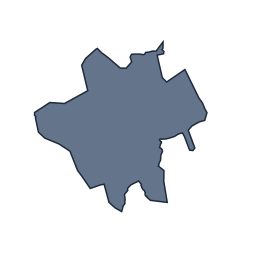 outline of Tureta, Sokoto, Nigeria, rotated 149°
{"feature_id": "59680162B25728635468586", "entity_name": "Tureta", "entity_type": "district", "adm_level": 2, "iso_a3": "NGA", "parent_name": "Nigeria", "parent_adm1": "Sokoto", "projection": "orthographic", "projection_center": [5.499, 12.518], "detail": "fine", "context": "isolated", "style": "filled", "palette": "slate", "viewbox_px": 256, "rotation_deg": 149, "n_neighbors": 0, "source": "geoboundaries", "source_scale": "gbopen_adm2", "svg_char_len": 1752}
<svg xmlns="http://www.w3.org/2000/svg" viewBox="0 0 256 256"><g transform="rotate(149 128 128)"><path d="M176.5,59.6L172.4,63.6L169.6,64.8L168.7,66.4L167.3,68.2L166.3,70.4L165.5,72.4L165.0,73.0L164.1,73.3L162.3,73.9L160.5,74.5L159.4,76.5L154.7,77.8L146.3,77.1L146.1,75.8L145.7,73.7L145.7,72.6L146.1,72.4L146.4,72.1L146.4,71.2L146.8,70.1L146.9,68.6L146.9,68.3L146.9,67.7L146.8,67.3L146.5,66.8L146.3,66.2L146.3,65.8L146.5,64.6L146.4,63.8L147.1,63.1L147.8,61.7L147.9,60.6L147.0,59.8L147.4,58.8L147.1,57.8L146.1,54.5L132.7,44.0L124.8,63.9L119.1,73.0L121.6,79.8L120.6,80.3L119.8,81.5L118.7,82.4L117.1,83.3L116.7,83.6L113.9,87.7L110.7,90.0L110.3,90.5L110.0,91.5L109.9,92.0L110.0,93.1L111.0,95.0L107.8,97.9L107.0,98.0L106.8,98.4L106.5,99.0L106.9,99.4L107.1,99.8L107.0,100.6L107.0,101.1L106.9,101.9L105.7,102.0L105.2,101.4L104.3,100.7L100.6,98.9L96.7,97.8L92.2,96.8L89.0,96.9L87.0,96.7L85.1,96.1L83.9,95.6L84.0,91.7L86.6,77.3L83.9,75.2L81.0,76.5L77.5,95.1L72.1,96.8L63.7,96.5L58.3,95.0L52.4,100.5L52.3,103.4L52.2,105.3L51.3,111.0L51.8,116.9L49.1,148.8L71.2,147.5L72.7,153.4L65.5,175.5L59.3,173.3L57.8,175.1L58.5,177.5L57.0,178.3L53.6,183.7L58.8,181.7L64.5,179.3L66.3,180.8L67.7,181.4L71.3,182.4L73.9,183.7L75.8,182.6L77.3,183.1L79.5,185.1L84.3,188.0L85.6,188.7L87.1,189.3L89.6,187.7L90.8,182.8L98.7,180.2L103.8,183.4L108.6,198.0L109.8,201.0L110.1,201.9L111.0,203.9L111.9,206.1L112.6,208.9L113.2,211.4L113.3,212.0L115.2,212.0L122.9,210.5L128.7,209.4L135.4,205.6L143.3,180.7L169.8,181.7L181.9,190.1L200.1,189.4L201.5,187.2L201.1,185.3L202.0,184.7L206.9,170.6L204.6,162.3L195.5,150.0L191.6,142.1L189.7,137.9L193.1,117.6L192.3,109.6L191.5,95.6L181.3,93.5L177.4,92.1L182.6,74.0L180.2,66.2L176.5,59.6Z" fill="#64748b" stroke="#1e293b" stroke-width="1.5"/></g></svg>